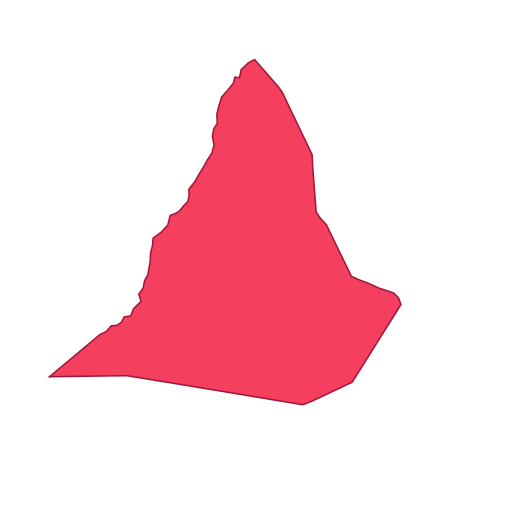 the district of Umarizal, Rio Grande do Norte, Brazil, rotated 200°
{"feature_id": "56859067B79675965708258", "entity_name": "Umarizal", "entity_type": "district", "adm_level": 2, "iso_a3": "BRA", "parent_name": "Brazil", "parent_adm1": "Rio Grande do Norte", "projection": "equal_earth", "projection_center": [-37.803, -6.001], "detail": "fine", "context": "isolated", "style": "filled", "palette": "rose", "viewbox_px": 512, "rotation_deg": 200, "n_neighbors": 0, "source": "geoboundaries", "source_scale": "gbopen_adm2", "svg_char_len": 972}
<svg xmlns="http://www.w3.org/2000/svg" viewBox="0 0 512 512"><g transform="rotate(200 256 256)"><path d="M342.7,393.4L342.2,384.6L341.3,375.9L337.8,367.3L339.2,361.1L338.0,353.6L333.4,345.9L332.7,337.5L334.6,329.5L335.5,323.1L337.8,312.1L338.9,305.0L341.9,295.9L339.4,289.5L338.7,283.8L341.1,278.5L343.3,272.1L346.5,268.2L350.5,264.8L349.5,254.8L353.2,246.0L358.8,237.7L356.9,230.5L356.0,222.1L353.5,214.4L351.2,201.3L352.3,194.8L351.1,187.4L353.1,180.0L348.5,174.1L353.1,164.5L353.3,156.8L359.0,153.8L359.8,147.7L363.1,143.2L368.1,141.0L370.8,133.9L375.8,128.8L408.8,71.9L350.9,93.9L336.1,99.4L297.1,106.8L161.2,132.2L153.2,139.3L122.4,170.4L103.2,259.9L107.7,265.4L114.0,268.3L130.5,267.9L140.8,268.8L152.0,268.9L159.5,269.6L200.6,309.5L208.3,313.4L214.5,317.9L233.9,360.7L237.9,370.4L287.5,419.0L292.5,422.4L324.5,440.1L329.1,435.2L333.7,425.9L332.5,417.9L337.0,416.9L336.4,410.7L338.5,404.3L342.7,393.4Z" fill="#f43f5e" stroke="#9f1239" stroke-width="1.5"/></g></svg>